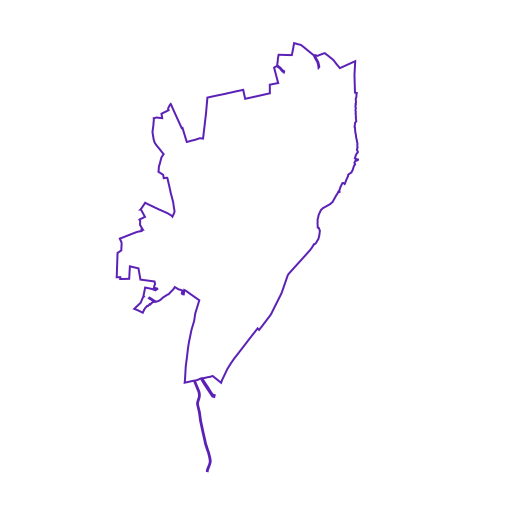 Ikšķile, Ikskiles, Latvia (Mercator projection), rotated 257°
{"feature_id": "27541924B16568384003346", "entity_name": "Ikšķile", "entity_type": "district", "adm_level": 2, "iso_a3": "LVA", "parent_name": "Latvia", "parent_adm1": "Ikskiles", "projection": "mercator", "projection_center": [24.5, 56.833], "detail": "fine", "context": "isolated", "style": "outline", "palette": "violet", "viewbox_px": 512, "rotation_deg": 257, "n_neighbors": 0, "source": "geoboundaries", "source_scale": "gbopen_adm2", "svg_char_len": 6084}
<svg xmlns="http://www.w3.org/2000/svg" viewBox="0 0 512 512"><g transform="rotate(257 256 256)"><path d="M57.5,159.8L57.2,160.5L57.9,160.7L58.8,161.3L62.7,163.9L64.4,164.9L65.2,165.3L66.0,165.6L67.0,165.8L68.1,165.9L70.4,166.0L75.3,165.9L77.5,165.6L83.9,165.1L85.0,165.0L88.5,165.1L92.4,165.1L96.4,165.1L101.0,165.2L107.8,165.3L116.1,166.1L124.3,166.0L124.8,166.2L125.9,166.4L127.3,167.1L130.0,168.7L131.4,169.4L133.2,170.0L134.9,170.2L136.9,170.2L138.9,169.9L148.2,168.3L148.4,170.3L148.5,171.6L148.6,172.4L148.9,173.6L149.0,174.3L149.1,175.0L149.1,175.3L148.3,175.0L147.5,175.2L145.1,175.9L139.5,177.9L129.2,181.8L128.8,182.1L128.4,183.2L128.2,183.2L128.0,183.6L129.7,184.4L129.9,183.9L130.9,182.5L134.9,181.0L138.6,179.8L142.3,178.4L147.0,176.7L148.6,176.4L148.8,176.6L148.7,180.7L148.8,180.9L148.7,182.7L148.6,183.8L148.6,184.7L148.7,184.9L148.8,186.8L140.3,193.5L142.7,195.0L152.5,202.8L157.1,207.4L161.1,211.8L165.1,216.8L177.7,232.1L185.1,241.3L183.3,242.4L186.2,246.0L191.7,252.6L195.0,256.6L196.2,257.8L201.8,262.4L213.5,272.1L214.6,272.9L215.7,273.6L223.7,278.6L229.9,282.5L230.7,283.2L231.6,284.3L232.8,286.0L249.2,309.5L251.1,311.8L252.6,313.4L254.3,315.0L254.5,315.3L254.3,315.8L254.4,316.1L255.3,317.5L258.7,320.7L261.8,322.3L266.2,323.9L269.3,323.5L269.7,322.6L270.4,322.6L271.9,323.0L273.7,323.2L274.3,323.4L276.0,323.9L277.3,324.1L277.6,324.2L278.9,324.9L280.8,325.8L281.9,326.3L282.5,326.7L283.1,327.2L284.5,328.3L285.3,328.9L285.9,329.4L286.3,329.8L286.5,330.1L286.7,330.6L287.5,331.8L290.0,340.3L290.9,341.7L291.1,342.3L291.5,342.8L297.1,347.9L297.8,348.7L298.2,349.0L298.5,349.4L300.2,350.8L299.6,351.5L299.7,351.9L300.8,351.7L302.0,352.5L303.7,353.5L305.6,354.9L307.6,356.6L307.6,357.0L307.4,357.6L306.6,358.3L306.2,358.6L306.5,358.9L310.0,361.2L311.4,362.3L313.0,363.6L314.4,364.1L314.9,365.0L315.4,366.4L316.0,367.9L317.0,368.5L317.8,369.4L320.9,371.2L322.4,372.3L322.7,373.0L323.3,373.3L324.0,372.9L325.1,373.1L326.0,373.8L326.3,374.5L326.3,375.6L326.4,376.2L326.7,377.0L327.1,377.1L327.5,376.2L328.1,374.9L328.9,374.3L330.2,375.1L331.5,375.8L332.8,376.8L333.7,377.9L333.9,378.4L335.1,378.7L335.7,378.5L336.4,378.3L336.7,378.2L337.9,378.7L338.9,379.4L340.2,379.4L343.2,380.2L344.4,380.1L346.5,380.3L348.2,380.2L352.2,380.6L352.4,380.6L352.9,380.6L353.5,380.5L353.9,380.6L354.7,380.7L355.5,380.8L359.0,381.3L359.6,381.0L360.4,381.5L361.6,381.8L362.3,382.1L362.5,382.3L363.5,382.5L363.9,382.9L364.7,384.0L365.7,384.1L367.1,384.3L367.9,384.2L369.1,384.8L369.9,384.7L371.1,384.9L371.9,385.2L372.3,385.0L374.0,385.7L375.2,385.6L376.7,386.1L377.6,386.6L379.3,386.4L380.9,387.3L381.2,387.1L381.8,387.1L382.7,387.9L386.7,388.5L388.3,389.5L389.8,390.0L390.9,390.2L392.1,390.9L392.9,389.2L393.0,389.2L410.4,392.7L423.5,396.5L420.2,380.0L421.0,379.6L424.3,377.9L426.4,376.9L429.1,375.7L430.2,375.0L431.3,374.2L432.6,373.1L434.3,371.8L435.7,370.7L436.1,370.3L437.1,369.5L438.0,368.9L438.1,368.7L438.2,368.4L438.0,366.7L437.6,363.5L437.2,361.0L437.2,360.8L437.4,360.5L438.1,359.4L438.4,358.9L438.4,358.4L438.1,358.4L436.3,358.7L431.8,360.0L431.2,360.2L430.2,360.3L427.6,360.3L426.0,360.2L425.3,359.3L427.7,359.5L430.1,359.5L431.0,359.4L431.5,359.3L436.1,357.9L438.0,357.6L438.5,357.6L438.6,357.4L440.9,355.6L444.1,353.1L449.8,348.7L451.5,347.3L452.8,344.8L454.8,341.0L448.5,338.3L443.7,336.1L444.5,332.8L447.0,323.3L446.6,323.1L445.5,322.7L443.9,321.9L443.2,321.7L441.3,321.1L437.1,319.5L434.4,321.7L433.7,322.2L433.0,322.6L431.7,323.2L430.9,323.7L429.7,325.0L428.6,324.4L430.4,323.0L431.3,322.5L432.6,321.9L433.3,321.6L434.0,321.0L436.3,319.1L436.0,317.6L435.7,316.6L435.4,316.0L419.5,316.5L419.6,315.0L419.8,308.0L411.4,306.1L411.5,290.7L411.6,280.8L420.8,280.9L420.8,277.8L420.9,272.9L420.9,269.0L421.0,263.5L420.9,263.4L421.2,251.9L421.3,244.3L405.7,239.2L382.3,230.8L383.4,227.8L383.1,224.7L383.0,223.7L382.9,222.6L382.9,219.4L382.7,215.8L382.7,214.2L397.3,213.2L397.2,212.4L416.8,208.4L422.3,207.4L423.3,207.1L422.4,205.9L419.6,203.6L418.7,203.4L417.7,203.6L415.9,195.9L411.4,195.6L413.4,189.9L413.1,188.0L413.3,187.4L411.6,187.0L410.0,186.6L408.8,186.1L406.7,185.5L403.0,184.1L401.2,183.4L399.4,182.9L396.9,182.8L392.9,182.5L389.9,182.7L389.2,182.8L388.0,183.2L385.9,184.1L381.1,186.5L376.9,188.4L376.0,188.9L373.4,186.1L371.0,184.8L367.1,182.8L366.4,182.3L364.4,181.3L361.9,180.6L360.0,179.9L356.0,183.8L352.6,183.6L352.3,186.9L352.1,187.1L351.9,187.2L347.1,187.2L340.9,187.2L337.0,187.1L327.0,187.4L322.6,187.0L317.9,186.7L316.6,186.1L313.1,183.4L314.6,182.5L317.7,179.3L323.6,171.4L331.3,161.7L332.8,160.0L332.2,159.4L328.3,155.2L327.9,154.6L327.3,154.1L327.2,153.9L327.1,154.2L326.6,154.5L319.1,156.6L317.7,150.6L316.0,151.0L312.4,150.0L307.0,151.7L307.4,150.3L306.0,150.1L306.2,148.0L306.2,145.8L306.1,144.5L305.5,140.2L304.1,131.1L303.6,127.2L299.5,128.0L298.5,127.9L291.7,126.0L290.2,121.8L266.6,115.5L265.9,119.0L264.1,118.5L262.3,127.3L274.3,130.8L270.4,138.7L259.0,138.1L254.0,151.4L251.4,151.4L249.8,150.2L248.0,149.4L246.6,152.3L246.1,152.5L245.2,150.3L247.2,147.3L248.1,145.5L250.2,140.9L242.7,137.5L241.9,137.7L242.0,137.2L236.4,133.1L233.3,127.8L231.9,125.5L229.5,128.9L226.2,132.9L228.9,135.0L230.2,136.3L231.9,138.8L231.5,139.4L233.0,141.6L232.5,142.1L233.6,143.5L233.8,144.0L234.1,145.0L234.2,146.8L236.9,144.2L238.9,142.2L239.4,142.8L238.6,143.7L236.0,146.2L234.7,147.5L233.9,147.9L234.2,151.4L234.8,153.1L236.5,156.1L238.2,160.8L238.4,162.3L239.7,164.1L241.3,166.7L242.3,168.2L244.0,169.9L240.7,173.3L240.1,174.8L238.9,176.5L236.2,175.3L235.2,175.9L234.9,177.0L239.0,178.5L237.7,180.0L230.6,186.3L228.2,188.5L225.6,190.8L213.7,183.9L206.6,181.1L198.5,176.5L187.6,171.5L182.0,169.2L179.5,168.3L171.7,165.5L164.5,162.8L151.2,158.9L148.6,158.0L148.5,167.5L139.6,168.9L136.8,169.4L135.0,169.4L133.4,169.2L131.7,168.8L127.9,166.5L126.1,165.6L124.5,165.3L122.8,165.3L116.9,165.3L114.9,165.2L107.9,164.5L101.0,164.4L96.5,164.3L92.4,164.3L88.3,164.3L85.0,164.2L82.7,164.3L77.6,164.8L75.3,165.1L70.3,165.2L69.1,165.1L67.1,165.0L65.6,164.6L64.7,164.2L63.1,163.3L59.3,160.6L58.2,160.0L57.5,159.8Z" fill="none" stroke="#5b21b6" stroke-width="2"/></g></svg>